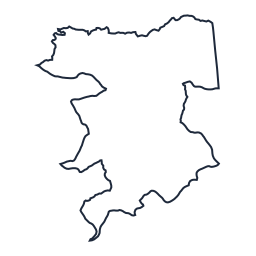 outline of Águas Vermelhas, Minas Gerais, Brazil
{"feature_id": "56859067B86331231405573", "entity_name": "Águas Vermelhas", "entity_type": "district", "adm_level": 2, "iso_a3": "BRA", "parent_name": "Brazil", "parent_adm1": "Minas Gerais", "projection": "mercator", "projection_center": [-41.555, -15.724], "detail": "fine", "context": "isolated", "style": "outline", "palette": "slate", "viewbox_px": 256, "rotation_deg": 0, "n_neighbors": 0, "source": "geoboundaries", "source_scale": "gbopen_adm2", "svg_char_len": 5679}
<svg xmlns="http://www.w3.org/2000/svg" viewBox="0 0 256 256"><path d="M208.3,20.6L206.4,21.5L204.3,21.0L202.4,20.5L200.5,20.9L198.9,19.7L197.1,19.5L195.4,19.1L194.3,17.4L192.8,16.3L191.5,15.9L189.8,15.9L187.5,15.4L185.9,15.6L183.9,15.7L182.3,16.4L180.9,17.1L179.9,18.5L178.7,19.4L177.2,20.1L175.5,20.1L173.6,17.8L171.9,18.2L171.1,19.3L169.9,20.5L168.6,22.2L166.8,23.6L165.1,24.3L164.1,26.1L162.0,27.0L160.3,27.7L159.7,29.2L158.5,30.7L156.4,30.1L154.6,29.4L152.8,29.9L151.4,30.9L150.2,31.8L149.2,32.8L148.1,34.2L147.2,35.7L145.7,36.2L143.8,35.8L142.0,35.3L140.1,35.7L137.8,36.4L136.8,35.1L135.9,33.9L135.4,32.0L133.0,32.2L131.1,32.9L129.1,32.5L127.0,32.7L125.1,33.7L123.5,32.9L122.1,32.8L120.3,32.9L118.7,32.3L117.1,32.7L115.3,33.5L113.3,33.5L111.3,33.4L108.7,32.9L108.8,31.2L108.5,29.5L107.7,27.9L106.6,27.2L104.5,28.9L103.0,29.2L101.1,29.7L99.7,28.3L98.0,27.9L96.5,28.0L96.1,29.6L94.5,29.9L92.8,30.5L91.0,31.5L90.1,33.4L88.6,34.6L87.9,33.2L87.7,31.1L85.8,31.4L84.4,30.4L82.7,29.8L80.5,29.8L78.7,29.8L75.7,29.5L74.3,28.8L72.6,28.5L71.0,27.5L69.2,26.5L67.7,27.9L65.9,28.2L63.8,28.0L62.1,28.7L60.5,29.4L58.0,29.0L58.4,30.9L59.9,31.1L61.2,32.6L63.3,31.8L64.9,33.2L64.6,34.8L62.3,35.0L60.4,34.7L58.9,34.6L57.4,34.2L56.1,33.0L54.7,33.4L53.6,34.9L54.9,36.5L55.8,38.1L55.4,39.3L54.2,40.0L52.8,40.1L51.9,41.4L53.0,43.0L54.5,44.1L55.4,45.1L55.6,47.3L54.5,49.1L54.3,51.2L54.0,53.2L53.2,55.1L52.0,56.4L52.3,58.0L52.2,59.8L49.9,59.9L48.1,60.6L46.4,60.1L44.6,60.7L43.0,62.1L41.4,63.0L40.0,64.5L37.1,65.3L39.0,66.1L40.1,67.0L41.4,68.2L43.4,69.8L45.4,71.0L47.3,71.7L49.9,73.7L51.6,74.7L53.6,75.7L55.0,76.3L56.4,76.4L57.7,76.4L61.0,77.2L62.7,77.6L64.1,77.7L65.7,77.9L70.2,78.2L71.8,78.2L73.5,78.1L75.2,77.7L76.7,77.1L77.8,75.5L78.8,74.4L80.4,73.5L82.5,73.0L84.2,73.4L85.9,74.1L88.1,74.3L90.1,74.7L92.0,75.5L93.5,76.8L96.5,80.0L98.2,81.4L99.3,82.5L100.1,83.9L101.1,85.0L102.0,86.4L103.7,87.6L106.0,88.7L105.5,90.2L103.6,90.7L102.1,91.8L100.6,92.6L99.2,93.5L98.0,94.5L96.4,95.8L94.2,96.0L92.3,95.8L90.2,96.1L88.8,96.5L87.2,96.8L84.3,97.6L80.8,98.8L78.9,99.4L76.7,99.4L74.8,99.3L73.0,99.6L71.8,100.2L71.0,101.6L71.7,103.5L72.8,105.2L74.4,108.0L75.6,110.8L76.2,112.0L77.0,113.0L78.2,114.3L79.3,115.9L80.5,119.7L81.1,121.1L81.5,122.6L82.3,123.6L83.4,124.3L84.9,124.5L86.3,125.5L87.2,127.3L88.1,129.0L88.8,133.8L86.8,135.1L85.5,136.1L84.6,137.5L83.8,139.4L83.2,141.3L82.7,142.8L81.9,145.5L81.2,146.8L79.6,150.7L77.9,153.6L76.1,156.9L75.3,158.7L74.1,160.4L72.6,161.1L70.5,160.8L66.8,161.6L65.1,162.4L63.4,163.1L60.4,164.0L61.8,165.6L63.2,166.6L64.5,167.7L66.6,168.7L68.6,168.9L70.7,168.5L72.8,168.2L75.2,168.2L77.0,168.6L78.2,169.3L79.0,170.5L79.7,171.9L81.2,172.1L82.9,171.2L84.8,169.8L86.5,169.2L87.6,168.3L88.6,166.9L90.3,166.2L91.7,165.6L94.4,163.6L95.9,163.0L97.3,162.3L99.0,161.5L100.2,160.4L101.5,160.3L101.7,161.7L101.8,163.8L103.3,165.7L103.2,167.7L104.0,169.4L105.6,170.4L105.8,172.1L104.9,173.4L104.7,175.1L105.3,176.8L106.1,178.0L107.1,179.1L108.4,180.2L110.0,180.9L111.0,184.4L111.3,185.8L111.3,187.5L110.5,189.2L109.8,190.7L107.8,190.4L105.4,190.9L104.0,191.5L102.9,192.3L101.1,193.6L99.3,193.5L97.2,194.6L95.4,195.0L94.5,196.4L93.2,197.3L91.7,197.9L90.4,198.3L90.1,199.8L88.6,200.6L86.9,200.9L85.7,200.5L84.4,201.5L83.9,203.7L83.1,205.5L82.3,206.8L81.3,208.5L80.5,210.4L81.2,211.9L83.7,215.5L84.6,217.1L85.3,218.7L88.5,221.9L89.7,222.9L91.2,223.5L92.6,224.4L93.8,225.9L96.0,229.5L96.6,231.6L96.1,233.9L94.6,235.9L93.3,237.3L92.3,238.5L90.5,239.2L89.8,240.6L92.0,240.3L94.1,239.4L96.3,237.7L98.0,236.3L98.9,234.7L99.6,233.0L99.8,229.8L100.1,228.4L100.6,226.8L101.5,225.3L102.7,223.8L104.3,221.7L106.1,217.9L107.0,216.5L107.9,214.8L108.8,211.7L110.0,210.9L111.4,210.7L113.1,210.4L114.5,210.4L116.0,210.6L118.0,210.6L119.5,210.0L121.3,210.4L123.1,211.3L124.2,212.1L126.0,213.0L128.3,213.2L129.6,213.7L130.9,214.6L132.0,215.3L133.7,215.5L135.2,215.0L134.8,213.7L134.6,212.1L135.5,209.7L137.1,208.5L138.7,208.2L140.0,208.0L141.7,207.1L143.4,205.8L143.0,204.5L141.9,203.8L140.8,202.4L139.8,200.5L142.0,198.3L142.7,197.3L143.4,196.1L144.6,194.9L146.4,194.6L147.6,194.0L149.3,192.6L150.6,191.2L151.8,190.7L153.7,190.9L155.2,191.6L156.4,192.5L157.8,193.8L159.2,195.3L160.7,196.6L162.1,197.8L162.9,198.8L163.6,200.0L164.8,201.3L166.3,202.2L167.9,202.4L169.9,201.8L171.7,200.8L173.4,199.7L174.6,198.8L175.6,197.8L176.9,196.6L178.4,194.8L180.1,191.9L181.1,190.9L183.2,188.2L184.6,187.1L186.0,186.4L187.4,185.8L188.7,185.3L189.0,183.1L190.0,181.2L191.6,180.2L192.9,179.8L194.6,179.7L196.8,179.9L197.3,177.9L196.7,175.9L196.5,173.9L196.7,172.6L197.4,171.5L198.8,170.2L200.5,169.3L202.1,168.7L206.2,166.8L207.5,166.3L209.0,166.1L210.4,166.7L211.7,166.9L213.6,166.6L215.7,166.0L216.9,165.5L218.1,164.7L218.9,163.6L216.0,160.8L214.9,159.6L213.9,158.3L213.3,156.9L212.8,155.7L212.4,153.5L212.1,149.7L211.1,147.1L209.8,145.3L208.4,143.5L207.2,142.1L206.1,140.6L204.0,137.1L203.0,135.9L202.3,134.8L201.1,133.5L199.0,132.5L197.1,132.4L195.7,132.7L194.3,132.7L192.9,132.2L190.7,132.0L189.1,130.9L187.5,129.3L185.4,126.2L183.8,124.4L182.2,123.0L180.6,122.3L180.8,120.9L180.5,119.3L181.1,117.9L181.3,116.4L181.6,115.0L182.2,113.8L182.6,112.3L183.0,110.6L184.0,109.6L184.2,107.9L183.6,105.8L183.9,103.8L184.8,102.4L185.5,101.1L185.9,99.6L186.5,98.3L187.4,96.9L186.3,95.4L185.9,94.0L185.7,90.8L185.0,89.3L185.2,87.7L185.0,85.6L183.5,85.1L182.9,83.8L184.0,83.1L185.5,82.7L187.6,81.9L189.8,81.4L191.6,82.7L192.8,84.6L194.0,86.1L195.2,86.7L196.6,86.7L197.9,86.6L200.1,86.7L202.0,87.3L203.4,88.1L204.6,88.7L206.7,89.2L208.6,89.4L210.5,89.4L212.2,89.3L215.4,88.4L217.0,88.3L218.7,88.3L217.1,68.5L215.2,50.6L213.4,31.6L213.0,27.8L212.3,23.1L210.7,21.9L208.3,20.6Z" fill="none" stroke="#1e293b" stroke-width="2"/></svg>